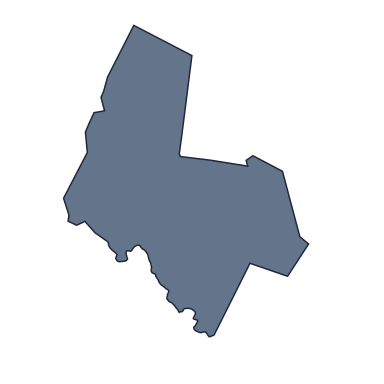 outline of Maprik District, East Sepik, Papua New Guinea, rotated 207°
{"feature_id": "67681753B82575638855477", "entity_name": "Maprik District", "entity_type": "district", "adm_level": 2, "iso_a3": "PNG", "parent_name": "Papua New Guinea", "parent_adm1": "East Sepik", "projection": "albers", "projection_center": [142.998, -3.65], "detail": "fine", "context": "isolated", "style": "filled", "palette": "slate", "viewbox_px": 384, "rotation_deg": 207, "n_neighbors": 0, "source": "geoboundaries", "source_scale": "gbopen_adm2", "svg_char_len": 1815}
<svg xmlns="http://www.w3.org/2000/svg" viewBox="0 0 384 384"><g transform="rotate(207 192 192)"><path d="M107.4,74.6L107.9,145.5L108.0,154.8L68.6,160.3L64.5,198.6L75.6,201.1L120.7,251.4L120.8,251.5L154.2,252.0L158.1,244.8L154.1,240.3L172.2,234.5L188.9,229.1L218.5,218.3L220.7,220.3L225.9,235.3L254.0,313.5L319.5,314.0L319.4,256.0L316.4,241.4L316.0,235.0L306.8,224.6L315.3,218.2L314.9,207.7L314.2,197.0L303.2,179.7L303.6,128.1L291.3,115.7L289.1,109.7L279.7,110.0L274.1,117.2L259.7,111.6L247.6,109.9L244.6,109.5L243.7,108.8L242.4,107.2L241.0,105.8L239.3,104.8L236.5,103.9L232.6,103.1L230.2,102.0L230.2,101.6L230.1,99.8L229.8,98.3L228.2,97.0L226.5,96.6L225.2,96.8L220.3,100.0L219.4,101.2L218.9,102.8L221.1,105.1L221.7,106.0L223.0,107.3L223.4,109.4L223.2,110.3L221.5,110.9L220.1,111.1L219.4,112.1L219.1,113.3L219.0,115.0L218.3,117.5L216.5,119.9L214.4,120.6L210.8,118.9L207.7,118.6L205.5,117.7L202.7,116.0L200.3,112.9L198.5,111.2L196.8,110.2L195.5,108.7L194.4,107.3L193.7,106.1L192.6,103.2L191.7,102.4L191.0,102.0L189.3,101.9L187.9,102.3L186.6,101.5L186.0,100.4L183.4,99.0L181.5,97.8L180.2,96.6L178.1,95.5L175.9,95.0L173.4,94.7L171.3,94.0L169.3,94.0L167.9,93.5L167.5,92.8L167.3,89.5L166.9,88.8L166.6,87.3L165.8,85.4L162.8,84.0L161.5,84.0L159.5,84.1L157.0,83.1L155.7,82.7L154.5,82.0L152.6,81.2L150.5,80.2L149.5,79.3L148.7,79.0L148.2,80.0L146.9,80.5L146.5,81.0L146.0,82.7L146.4,83.6L146.1,84.1L144.8,85.4L143.6,86.1L141.9,87.0L140.2,87.4L138.8,87.4L136.6,87.2L134.6,86.4L133.9,85.6L133.6,84.3L133.6,82.8L133.6,80.4L133.2,79.7L132.3,79.6L129.0,80.2L128.6,80.1L128.2,79.2L128.3,76.6L128.3,74.2L129.0,72.9L128.9,71.9L128.1,71.0L127.2,70.3L124.7,70.0L121.6,70.3L120.2,70.7L118.3,72.3L117.2,73.2L116.2,73.3L114.2,72.5L111.5,70.9L110.9,70.9L110.3,71.2L107.4,74.6Z" fill="#64748b" stroke="#1e293b" stroke-width="1.5"/></g></svg>